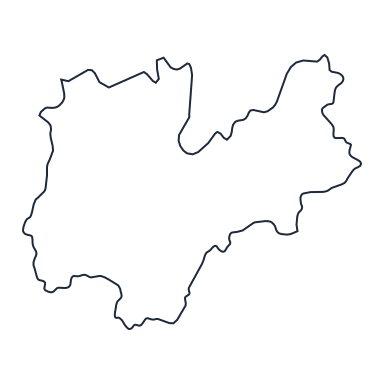 map outline of Trento (Albers equal-area conic projection)
{"feature_id": "ITA-5460", "entity_name": "Trento", "entity_type": "Province", "adm_level": 1, "iso_a3": "ITA", "parent_name": "Italy", "parent_adm1": "", "projection": "albers", "projection_center": [11.175, 46.106], "detail": "fine", "context": "isolated", "style": "outline", "palette": "slate", "viewbox_px": 384, "rotation_deg": 0, "n_neighbors": 0, "source": "natural_earth", "source_scale": "10m", "svg_char_len": 4673}
<svg xmlns="http://www.w3.org/2000/svg" viewBox="0 0 384 384"><path d="M327.3,57.4L329.1,63.4L329.6,70.0L331.6,71.7L337.8,72.9L340.0,73.9L341.6,75.1L342.3,75.9L342.9,76.8L343.3,77.9L343.3,79.2L343.0,80.7L341.6,82.8L340.4,83.8L338.5,85.1L337.0,86.5L336.3,87.3L335.7,88.2L335.1,89.9L334.6,92.3L333.5,101.9L333.0,103.1L331.8,103.9L328.2,104.4L327.2,104.8L323.0,107.9L322.2,108.8L321.9,110.0L322.2,112.1L322.6,113.5L323.2,114.7L331.5,124.0L332.7,125.7L333.2,126.6L333.6,127.7L333.7,129.4L333.4,134.8L333.7,136.5L334.5,137.6L335.5,138.0L336.8,138.1L342.1,137.9L343.2,138.1L344.2,138.6L344.8,139.5L345.7,141.5L346.4,142.3L347.3,142.9L349.5,143.7L350.4,144.1L350.8,144.7L351.0,144.9L349.5,150.3L349.4,152.3L349.5,153.9L350.0,154.8L350.6,155.6L352.3,157.1L359.1,160.8L359.9,161.5L360.5,162.3L361.0,163.4L360.8,164.6L360.1,165.9L357.9,167.2L355.1,168.5L353.8,169.6L352.3,171.3L347.5,178.5L346.5,180.5L345.7,181.7L344.4,183.0L341.7,184.4L332.0,187.8L327.6,190.8L325.4,191.5L322.9,191.9L310.5,192.1L303.4,193.5L302.2,194.1L301.2,195.4L300.4,198.0L300.7,201.7L301.0,203.7L301.9,206.2L302.1,207.5L301.8,208.9L300.7,210.6L298.8,212.4L298.0,213.9L297.3,216.4L296.5,224.7L297.5,231.2L290.6,234.1L287.0,234.6L281.6,234.1L279.3,233.4L278.4,232.9L277.6,232.1L277.0,231.3L276.4,230.4L275.0,226.2L274.9,226.0L273.7,224.3L272.2,222.8L271.4,222.2L270.4,221.7L269.3,221.4L268.0,221.2L265.2,221.1L255.0,222.3L253.0,223.2L242.8,230.4L237.1,231.9L232.1,232.5L230.9,233.2L230.0,234.4L229.2,236.9L229.2,238.5L229.3,239.9L230.2,241.9L230.3,243.0L229.9,244.2L228.4,245.8L227.1,247.3L225.6,249.9L224.6,251.3L222.8,251.8L221.7,251.4L220.6,250.8L219.0,249.5L218.3,248.7L217.7,247.9L217.2,247.0L216.6,246.3L215.7,245.9L214.6,246.0L213.7,246.5L212.9,247.2L210.1,250.3L206.6,252.6L205.6,253.9L204.8,255.8L203.7,259.7L202.0,263.9L189.1,287.4L188.7,288.5L188.8,290.2L189.5,292.6L189.4,293.7L188.8,294.7L186.4,296.2L185.5,296.9L185.0,297.9L185.1,299.5L185.8,303.3L185.7,304.4L185.6,305.5L177.2,319.8L173.4,323.3L169.4,323.1L158.3,319.1L157.1,318.9L155.9,319.1L153.6,319.6L152.1,319.5L150.4,319.1L147.8,318.2L146.5,318.4L145.5,319.0L142.5,323.4L141.8,324.2L141.1,325.0L140.2,325.5L139.2,325.7L135.5,324.7L134.4,325.0L133.7,325.6L132.4,327.4L131.7,328.1L130.8,328.7L129.8,329.0L128.6,328.9L127.0,327.6L125.2,325.5L122.1,320.4L120.1,318.5L118.5,317.6L116.2,317.9L115.3,317.3L114.8,315.9L114.9,313.1L116.0,306.8L116.0,306.7L116.1,305.4L116.4,304.4L116.7,303.2L117.2,302.1L117.7,301.2L120.7,298.2L121.3,297.3L121.6,296.0L121.4,294.0L120.5,290.9L120.2,288.9L119.0,286.7L118.1,285.3L109.2,279.8L105.1,277.5L101.9,276.3L101.1,276.1L99.1,276.0L91.8,277.3L90.6,277.3L89.5,277.0L86.6,275.4L85.5,275.0L84.3,274.8L83.1,274.9L78.7,276.2L77.5,276.3L73.9,276.0L72.9,276.3L72.2,277.0L71.6,277.9L71.2,279.0L70.9,280.2L70.6,282.8L70.5,284.0L70.1,285.1L69.6,286.1L68.8,286.9L67.9,287.4L66.8,287.8L64.3,288.0L58.9,287.7L57.7,287.9L56.8,288.4L53.8,291.3L52.9,291.9L51.8,292.2L50.7,292.3L49.5,292.1L47.3,291.3L45.4,290.3L44.6,289.4L44.3,288.1L45.1,284.1L45.0,282.5L44.0,281.5L42.8,280.9L39.1,280.0L38.2,279.4L37.6,278.6L36.9,277.0L34.8,269.1L33.5,265.3L33.5,263.8L33.6,261.8L34.7,258.6L36.1,255.4L36.4,254.2L36.4,252.7L35.7,250.8L33.8,247.5L33.4,246.5L33.0,245.4L32.7,244.2L32.6,242.7L32.4,238.4L32.1,237.1L31.8,236.3L31.2,235.7L26.5,234.5L25.4,234.0L24.5,233.4L23.9,232.6L23.3,231.7L23.0,230.6L23.2,228.6L23.7,226.2L25.2,222.0L26.3,220.0L27.4,218.8L30.2,217.1L31.1,215.1L32.1,211.8L33.7,204.4L34.9,201.4L35.8,199.4L37.4,198.2L44.1,191.6L44.7,190.7L45.2,189.7L45.6,187.9L47.0,175.5L47.0,167.3L47.3,165.2L47.8,163.6L49.7,159.6L53.0,150.8L52.9,148.5L52.5,145.2L50.8,138.2L50.4,135.0L50.4,132.6L50.7,131.4L51.0,130.1L51.0,128.8L50.7,126.3L50.4,125.2L48.0,122.2L39.4,115.5L40.8,112.1L44.8,108.5L46.2,107.8L47.3,107.6L52.5,107.9L55.1,107.6L57.1,106.9L58.1,106.3L59.7,105.1L62.0,102.6L62.7,101.6L63.5,100.1L64.0,98.8L64.3,97.5L64.2,93.6L62.3,84.2L61.8,81.8L61.2,79.6L68.4,81.2L88.0,69.9L91.8,70.2L94.8,73.1L99.5,82.2L108.9,87.5L143.9,72.0L147.0,74.2L152.9,81.0L155.8,82.7L158.8,78.9L157.1,69.4L156.8,60.3L163.6,57.7L170.6,67.3L173.8,69.0L176.8,69.5L179.8,68.7L187.3,63.5L189.3,64.1L191.0,67.9L192.1,75.2L189.2,114.6L189.3,117.2L179.1,134.9L178.6,140.7L180.3,146.1L183.4,150.5L186.9,153.3L192.8,154.3L198.3,152.0L208.3,143.0L215.2,133.5L217.4,131.9L220.6,133.7L223.7,137.7L226.9,139.7L230.7,135.8L231.7,132.1L232.2,128.4L233.0,124.9L235.3,121.8L237.8,120.7L243.1,119.9L245.6,118.5L247.6,115.6L248.8,112.6L250.4,110.5L253.4,110.0L264.0,112.3L267.7,111.2L272.8,107.6L275.0,105.1L276.8,101.8L286.8,73.8L290.9,67.0L296.2,62.5L303.3,60.5L317.2,61.6L320.0,59.5L322.3,56.5L324.5,55.0L327.3,57.4Z" fill="none" stroke="#1e293b" stroke-width="2"/></svg>